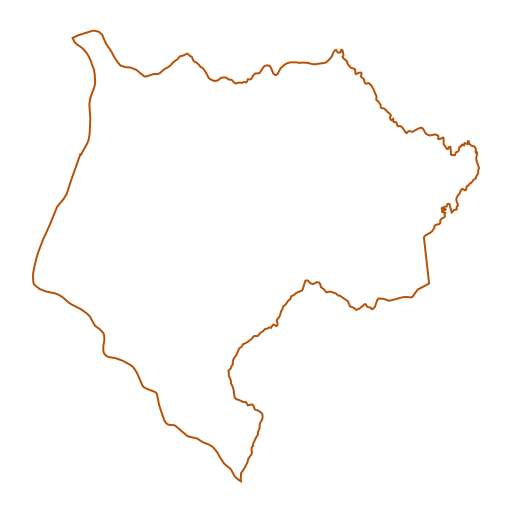 the district of Venecia, Antioquia, Colombia
{"feature_id": "7082276B7520303523515", "entity_name": "Venecia", "entity_type": "district", "adm_level": 2, "iso_a3": "COL", "parent_name": "Colombia", "parent_adm1": "Antioquia", "projection": "equal_earth", "projection_center": [-75.75, 5.946], "detail": "fine", "context": "isolated", "style": "outline", "palette": "amber", "viewbox_px": 512, "rotation_deg": 0, "n_neighbors": 0, "source": "geoboundaries", "source_scale": "gbopen_adm2", "svg_char_len": 5930}
<svg xmlns="http://www.w3.org/2000/svg" viewBox="0 0 512 512"><path d="M240.9,481.3L240.7,479.4L241.1,473.1L244.5,468.1L247.3,462.6L248.6,458.2L251.4,454.5L251.8,453.6L251.9,452.0L251.5,449.8L251.9,446.9L253.0,446.1L253.1,443.9L255.7,438.2L257.8,434.7L258.1,431.9L259.5,428.4L259.8,423.6L262.3,419.2L262.6,417.0L262.4,414.4L261.4,412.9L258.6,410.7L255.2,409.7L254.5,408.7L253.7,406.2L252.5,404.6L251.4,404.5L247.9,405.4L246.1,402.2L243.2,402.0L238.6,399.8L236.9,399.4L235.4,398.5L234.6,397.2L233.5,389.3L232.3,385.9L231.0,383.4L230.8,380.3L228.8,375.7L228.8,372.6L228.5,371.3L228.7,370.4L230.8,368.4L231.2,366.6L232.8,364.5L232.8,361.3L233.6,358.8L236.2,355.3L239.0,348.8L240.0,347.7L241.3,347.1L243.3,343.9L245.3,343.4L248.1,341.6L251.7,338.8L253.2,336.9L254.4,336.0L257.6,336.1L260.4,332.8L263.0,331.2L265.2,328.9L267.4,328.6L269.3,327.3L270.9,327.9L272.6,325.2L273.5,324.5L276.4,326.0L277.2,325.6L277.4,325.0L277.5,322.8L276.8,321.1L276.7,320.2L279.1,317.1L279.9,315.6L281.0,311.5L282.2,309.5L283.2,306.6L285.7,304.4L288.1,300.9L290.6,298.7L291.0,296.4L294.0,295.0L296.3,292.9L302.0,290.5L302.7,289.3L305.1,281.6L305.5,280.7L306.1,280.4L308.0,280.6L310.4,283.2L312.9,284.2L316.7,282.2L319.3,282.6L320.6,285.2L320.8,287.0L323.9,289.3L326.4,292.3L326.8,292.4L328.8,291.7L331.2,291.8L336.0,293.5L338.2,295.6L339.7,295.6L347.8,301.2L350.0,306.4L353.8,307.8L356.1,309.9L359.4,308.6L364.9,304.1L365.7,304.3L366.6,306.0L367.7,306.9L368.4,307.3L370.6,307.5L371.6,309.1L372.5,309.2L374.9,306.8L377.3,299.9L378.5,298.5L383.4,298.8L389.3,300.8L402.8,297.2L406.6,297.0L410.7,297.4L412.4,297.0L417.1,290.3L417.9,289.5L429.1,283.5L423.9,237.3L425.7,235.2L430.3,232.7L432.0,231.4L434.3,227.7L434.7,225.6L436.1,224.7L439.3,224.1L440.3,222.8L440.3,220.5L440.9,219.3L442.5,218.1L444.6,217.2L444.9,216.4L444.6,213.8L445.1,212.9L443.9,212.8L443.4,212.1L442.4,212.1L442.0,211.8L442.0,211.2L444.8,210.3L445.5,209.7L445.6,209.2L445.2,208.9L442.3,209.4L441.9,209.0L441.7,208.3L442.0,207.9L445.3,206.6L446.4,206.5L447.6,204.0L448.2,203.8L449.5,204.1L451.7,212.4L454.1,210.0L456.6,209.5L456.8,209.1L456.6,208.0L456.8,206.7L457.9,205.4L458.0,204.9L456.6,201.4L456.3,198.7L457.8,195.6L459.9,193.1L460.9,190.0L462.7,188.9L464.7,190.2L465.7,190.1L466.4,188.8L466.5,187.0L467.1,186.1L469.1,184.8L469.9,183.3L471.4,182.7L473.4,179.9L475.1,179.0L475.9,178.0L476.0,177.1L477.9,173.6L478.2,172.5L478.2,170.4L479.0,168.1L476.3,159.9L476.3,157.1L477.1,154.1L477.0,152.3L476.6,152.0L475.8,152.5L475.5,151.8L476.0,149.4L474.7,146.7L471.6,145.7L469.3,144.1L468.7,141.2L468.1,141.1L467.3,144.0L464.5,143.1L464.0,145.4L461.8,144.7L461.3,146.3L459.5,146.8L458.6,150.6L458.2,151.4L456.0,152.4L454.9,155.2L451.5,155.0L450.8,154.2L451.0,151.7L450.3,146.8L449.1,147.0L447.9,149.0L447.2,149.2L443.7,144.3L443.5,137.7L442.8,137.6L439.5,139.2L438.8,139.1L438.2,139.0L438.1,138.5L438.4,136.6L438.3,135.9L437.6,135.3L436.5,135.1L435.9,134.6L434.3,134.5L429.9,135.5L426.6,134.3L425.4,132.9L423.4,129.4L422.1,128.0L421.2,127.7L419.0,128.3L414.3,130.7L412.6,131.9L409.3,131.0L407.9,131.7L406.8,133.0L406.0,132.9L402.0,127.1L400.3,126.1L397.9,126.2L397.2,125.1L396.5,122.7L396.1,122.2L393.7,122.0L393.4,121.6L393.3,119.1L393.1,118.8L391.7,120.1L391.3,120.2L390.8,119.8L390.1,118.5L390.0,117.3L390.9,115.6L390.0,113.8L387.5,112.0L386.1,110.2L384.1,108.5L381.3,108.0L380.9,107.4L380.5,104.9L378.9,102.2L376.3,99.8L376.2,98.8L376.6,97.1L376.2,95.4L375.1,93.5L373.8,89.8L371.2,85.2L370.6,85.1L369.7,83.8L368.6,83.0L366.1,83.7L365.1,83.3L364.3,81.3L364.1,79.4L361.2,76.9L360.9,76.3L361.6,74.0L361.4,73.1L361.0,72.6L358.9,72.7L356.1,74.1L355.5,73.8L355.1,69.9L354.7,68.9L351.3,68.0L350.2,67.2L347.5,63.6L347.0,61.3L342.9,57.8L342.6,56.9L343.4,55.5L343.3,53.7L342.5,50.4L341.7,49.8L341.1,49.9L340.8,50.4L340.6,52.2L339.5,52.7L337.9,52.5L336.0,49.9L334.7,50.6L333.6,52.1L331.6,56.8L328.2,60.6L326.3,62.2L324.6,62.9L314.5,64.3L312.3,64.1L307.4,62.8L302.8,62.6L299.0,62.9L296.5,62.3L290.5,62.3L287.2,63.2L284.7,64.6L280.7,68.1L277.7,73.6L276.9,74.6L276.1,75.0L275.1,75.0L273.3,73.5L270.9,67.7L270.3,66.6L269.3,65.7L267.4,65.3L265.3,65.8L263.9,66.6L262.9,67.9L260.5,71.8L259.1,73.3L255.9,73.3L254.9,73.7L253.0,75.8L251.3,79.0L250.6,79.3L247.8,79.3L247.1,81.4L246.3,82.4L244.1,81.9L241.9,82.9L239.2,82.5L235.9,83.5L234.5,83.0L231.6,79.8L228.7,79.5L226.7,78.0L225.0,77.4L221.4,77.7L217.7,80.4L215.8,80.9L213.5,80.8L209.9,79.0L208.7,77.9L206.2,73.0L203.3,68.7L201.4,67.2L200.5,67.0L198.8,64.5L196.2,62.5L194.3,61.6L193.4,60.5L191.7,56.8L189.5,55.7L188.0,54.0L187.1,53.6L183.4,55.5L179.9,56.3L177.8,58.9L173.5,62.1L170.0,65.8L168.4,67.0L164.3,69.2L159.5,73.4L157.2,74.1L153.6,74.0L146.6,76.4L144.4,76.5L137.0,70.4L135.3,69.4L130.4,67.5L125.7,67.2L120.5,65.6L117.4,62.0L113.7,56.1L111.4,51.6L106.2,43.9L103.4,37.9L102.3,34.9L98.9,31.8L95.0,30.8L92.7,30.7L78.4,35.2L72.6,37.9L74.4,41.8L76.8,44.4L80.6,46.8L83.3,49.1L86.2,52.4L88.2,55.5L90.2,59.5L94.0,70.1L94.7,74.4L95.2,82.5L94.5,86.5L90.3,97.9L89.5,103.0L89.4,105.2L90.3,118.4L89.7,132.7L89.3,136.1L88.6,139.9L87.4,143.1L80.9,154.7L80.3,154.3L80.1,154.9L71.5,179.2L66.7,193.9L63.8,198.7L57.2,206.7L48.6,227.6L43.3,238.9L38.6,251.2L36.3,258.7L34.3,267.2L33.1,273.6L33.0,278.0L33.5,283.2L34.9,285.3L39.7,289.0L46.3,291.6L55.0,293.3L58.7,294.8L62.7,297.3L68.7,302.5L71.5,304.4L80.9,309.2L86.7,313.3L89.8,316.4L95.0,325.8L99.7,329.2L103.4,333.2L104.1,335.3L104.4,338.2L104.3,340.6L103.3,346.1L103.3,350.5L103.7,352.6L104.9,354.5L106.5,356.0L108.5,357.0L115.6,358.2L122.4,360.6L130.3,364.9L132.6,366.6L134.9,369.5L137.1,373.2L142.5,385.6L143.9,387.3L148.7,389.6L154.5,391.7L156.0,392.7L156.8,393.7L159.1,404.9L160.5,409.3L163.9,419.3L165.2,422.0L166.5,423.5L168.1,424.5L170.3,425.0L173.8,425.2L175.3,425.7L186.8,435.6L188.4,436.5L197.1,438.5L202.6,442.1L208.7,444.5L212.7,446.8L217.2,452.2L219.3,456.2L223.2,462.3L224.6,464.1L230.3,468.7L231.4,470.1L234.3,475.7L235.9,477.6L239.3,480.4L240.9,481.3Z" fill="none" stroke="#b45309" stroke-width="2"/></svg>